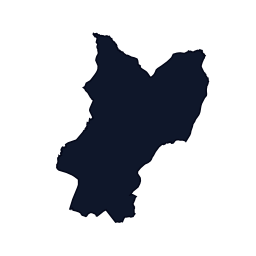 Mueang Buri Ram, Buri Ram, Thailand, rotated 199°
{"feature_id": "78962969B95913891709338", "entity_name": "Mueang Buri Ram", "entity_type": "district", "adm_level": 2, "iso_a3": "THA", "parent_name": "Thailand", "parent_adm1": "Buri Ram", "projection": "natural_earth1", "projection_center": [103.104, 14.948], "detail": "fine", "context": "isolated", "style": "filled", "palette": "ink", "viewbox_px": 256, "rotation_deg": 199, "n_neighbors": 0, "source": "geoboundaries", "source_scale": "gbopen_adm2", "svg_char_len": 5717}
<svg xmlns="http://www.w3.org/2000/svg" viewBox="0 0 256 256"><g transform="rotate(199 128 128)"><path d="M156.9,42.6L156.6,32.9L156.4,33.0L156.5,33.3L156.4,33.4L156.3,32.9L156.1,33.1L155.7,32.8L155.7,33.1L154.8,33.3L154.6,33.5L154.3,34.0L153.8,33.2L153.5,33.0L153.2,32.5L150.2,32.8L146.9,32.8L145.3,32.4L144.5,31.9L143.7,31.1L142.8,30.7L141.0,30.8L139.1,30.7L138.6,31.3L137.9,33.9L136.4,35.6L135.7,36.1L134.3,36.4L130.8,36.1L130.2,35.8L129.2,34.6L128.6,34.7L125.9,38.8L124.3,41.4L122.2,43.6L109.1,35.0L108.6,35.4L108.2,35.5L107.9,35.9L106.3,36.1L105.1,36.4L104.1,37.5L102.8,37.6L102.6,41.1L102.0,42.9L100.4,43.5L98.2,44.7L97.3,44.9L96.4,44.8L94.4,46.1L94.3,47.0L93.6,49.1L94.7,49.5L95.0,50.7L95.3,50.9L95.6,51.6L95.6,52.2L95.8,52.3L95.9,52.5L95.9,54.5L96.6,55.1L96.5,55.5L96.9,55.6L97.3,55.9L97.5,56.6L97.9,56.9L98.3,57.0L98.6,57.6L98.8,57.6L98.5,60.7L98.6,60.8L98.4,62.3L98.6,62.4L98.6,63.4L98.3,65.2L98.0,65.8L101.9,66.4L102.6,66.1L103.3,66.1L104.0,65.6L102.9,69.8L99.4,75.5L98.9,79.3L99.1,82.0L100.1,84.3L100.3,84.7L101.5,85.7L104.1,87.7L104.5,88.5L104.9,90.3L103.3,94.5L101.0,98.6L100.1,99.9L98.0,101.8L96.4,104.1L95.9,105.7L95.7,108.7L95.2,110.0L94.5,114.5L92.7,120.2L90.8,123.4L89.8,124.2L89.4,124.3L89.3,124.1L89.0,124.2L88.8,124.1L88.3,124.7L87.9,124.9L87.5,126.2L86.6,126.6L85.8,126.9L85.6,126.8L85.4,126.9L85.3,127.5L84.2,127.9L84.1,128.4L83.2,128.3L83.0,128.7L82.9,128.7L82.8,128.4L82.3,128.5L82.2,128.0L81.9,127.8L80.6,128.4L80.0,129.7L79.5,131.4L78.7,132.5L78.3,132.8L77.9,132.7L77.6,133.0L76.8,133.4L74.8,133.6L72.3,134.5L70.8,134.6L69.5,134.5L69.0,134.2L67.4,141.4L67.3,143.2L67.7,145.8L67.7,150.2L68.0,152.9L67.2,156.0L67.2,157.1L66.9,159.0L66.4,160.4L65.5,163.6L65.4,164.6L65.4,166.7L66.4,172.6L66.5,175.1L65.6,181.4L64.6,184.0L64.6,184.4L64.9,185.7L66.0,188.2L66.7,190.2L67.0,192.1L67.3,192.5L67.0,194.8L67.0,196.3L67.2,197.3L67.1,198.3L67.8,198.9L68.0,199.3L68.1,199.9L68.6,200.1L68.5,200.8L68.8,201.2L69.2,201.0L69.6,201.1L70.5,202.1L71.3,202.6L71.8,202.7L71.8,203.3L72.0,203.9L72.9,204.2L73.3,204.8L74.1,205.0L74.8,205.5L78.4,209.1L79.0,209.9L79.3,211.2L79.4,214.4L79.2,216.7L79.3,217.2L78.8,219.0L78.9,220.0L79.0,220.2L78.7,221.5L80.3,221.6L80.0,222.5L82.5,223.1L82.4,223.6L82.9,223.5L82.9,224.4L83.4,224.3L83.3,225.3L84.6,225.2L85.5,225.3L85.7,224.2L87.0,224.2L87.7,223.9L89.8,222.2L89.7,221.7L90.2,221.6L90.3,221.4L91.2,221.0L91.5,221.0L91.9,220.6L92.2,220.5L93.2,220.9L94.3,220.8L94.5,220.5L95.6,220.2L95.9,220.4L96.0,220.2L96.1,219.3L96.9,218.8L98.4,217.2L99.2,216.7L102.9,216.0L104.6,215.3L106.3,214.4L109.1,212.4L109.5,208.8L110.6,206.5L112.4,203.2L116.4,197.4L119.2,193.8L120.1,192.1L120.2,189.7L120.4,188.2L120.7,186.9L121.7,184.8L122.4,183.7L122.9,183.4L123.6,183.3L124.4,183.7L126.4,185.3L128.5,186.7L129.8,187.2L133.9,188.2L135.8,188.9L136.5,189.6L136.6,190.6L137.1,190.8L137.3,190.9L138.9,191.1L139.2,191.4L140.1,193.4L141.0,195.0L142.0,196.1L144.9,196.3L147.9,196.0L151.4,196.5L152.7,196.4L153.2,195.9L154.5,196.5L156.6,197.1L157.6,198.0L158.6,197.9L158.7,197.7L159.5,197.9L160.0,197.8L160.1,198.1L160.6,198.0L160.7,198.4L161.3,198.4L161.4,198.6L161.5,198.5L162.0,198.4L162.7,198.6L163.0,198.7L163.1,199.3L163.8,200.0L164.7,200.5L164.7,200.8L165.3,201.4L165.7,201.4L165.7,201.9L165.6,202.3L166.5,202.7L166.4,203.2L167.2,203.5L167.5,203.4L167.9,203.5L168.3,204.0L168.3,204.4L169.0,204.8L169.3,204.6L169.6,204.6L171.7,205.9L172.0,206.2L172.2,206.8L172.5,207.1L172.8,206.7L173.5,207.0L174.8,208.0L175.5,208.3L175.7,208.5L175.8,208.4L176.9,207.8L177.4,208.0L177.8,207.8L178.0,208.2L179.2,207.5L179.6,207.1L180.3,206.8L180.5,206.8L180.5,207.0L181.1,207.1L181.5,207.0L181.7,206.8L182.1,206.9L182.6,206.8L183.0,206.8L183.3,206.5L183.8,206.5L184.4,206.1L184.6,206.2L184.8,206.1L185.2,206.4L185.5,206.3L185.6,206.5L185.9,206.2L186.1,206.3L186.3,206.2L186.6,206.5L187.6,206.6L187.8,206.9L188.2,207.1L188.4,206.7L188.8,206.7L189.1,206.4L189.5,206.4L189.6,205.9L189.9,206.0L190.0,205.7L191.4,206.1L191.4,205.7L191.0,205.8L190.8,205.6L190.9,205.0L190.7,204.8L190.4,204.7L190.1,204.6L189.9,204.4L189.8,204.6L189.5,204.5L188.8,203.6L188.4,203.8L186.9,203.5L186.5,203.0L186.2,202.2L186.0,201.8L186.0,201.3L185.7,201.2L186.1,200.9L186.0,200.6L185.9,199.1L185.7,198.6L185.3,198.3L184.6,198.4L183.7,197.3L183.8,195.2L183.4,194.1L183.2,193.8L182.9,193.5L182.5,193.2L182.2,192.8L181.8,192.7L181.7,191.6L181.4,191.1L181.2,191.2L180.9,190.7L180.8,190.0L180.3,189.4L180.3,187.7L180.7,185.8L180.7,183.7L180.4,181.6L176.4,177.1L175.5,173.9L175.5,172.1L175.8,170.1L176.5,167.5L178.0,162.9L178.8,160.7L179.3,159.9L182.0,156.8L182.1,153.1L183.3,151.7L181.7,151.2L180.2,149.7L177.5,148.5L174.5,145.9L173.5,145.0L172.3,144.3L171.3,143.5L170.1,143.4L169.7,142.5L169.6,142.1L170.2,134.2L170.0,132.5L169.3,131.4L164.5,126.6L164.9,125.5L164.5,125.3L165.8,123.8L167.2,124.2L166.5,119.9L168.2,119.9L167.9,118.0L167.0,116.2L167.3,116.2L168.0,113.6L166.8,113.9L167.3,112.6L168.8,111.1L169.1,109.3L172.8,99.8L179.7,94.4L181.2,92.5L181.5,92.0L180.9,91.5L181.0,90.9L180.6,90.3L180.6,89.6L181.5,89.4L181.8,88.5L183.3,88.7L183.5,88.7L183.6,88.1L183.9,88.0L183.9,87.0L184.1,86.8L183.9,86.1L184.1,85.6L183.7,85.4L183.4,84.9L183.2,84.8L183.4,84.6L183.1,84.4L182.9,84.7L182.7,84.6L183.1,83.6L182.7,83.7L182.7,83.3L182.8,82.9L183.3,82.5L183.4,82.2L182.2,80.9L182.7,80.6L182.7,80.2L183.1,79.3L184.2,79.4L184.0,79.1L184.1,77.6L184.6,76.7L184.3,76.3L184.1,75.5L183.7,74.8L183.6,74.7L183.6,74.4L183.1,74.0L183.2,73.2L182.8,71.5L183.3,70.4L183.2,70.0L182.9,69.1L182.3,68.7L182.2,68.1L182.5,68.0L182.4,67.8L182.4,67.4L182.0,67.4L181.9,67.0L181.7,66.9L181.4,66.5L179.6,65.8L171.7,66.1L165.6,65.6L162.9,65.0L158.6,63.6L157.9,63.0L156.4,58.8L156.2,57.9L156.2,54.9L156.9,42.6Z" fill="#0f172a" stroke="#020617" stroke-width="1.5"/></g></svg>